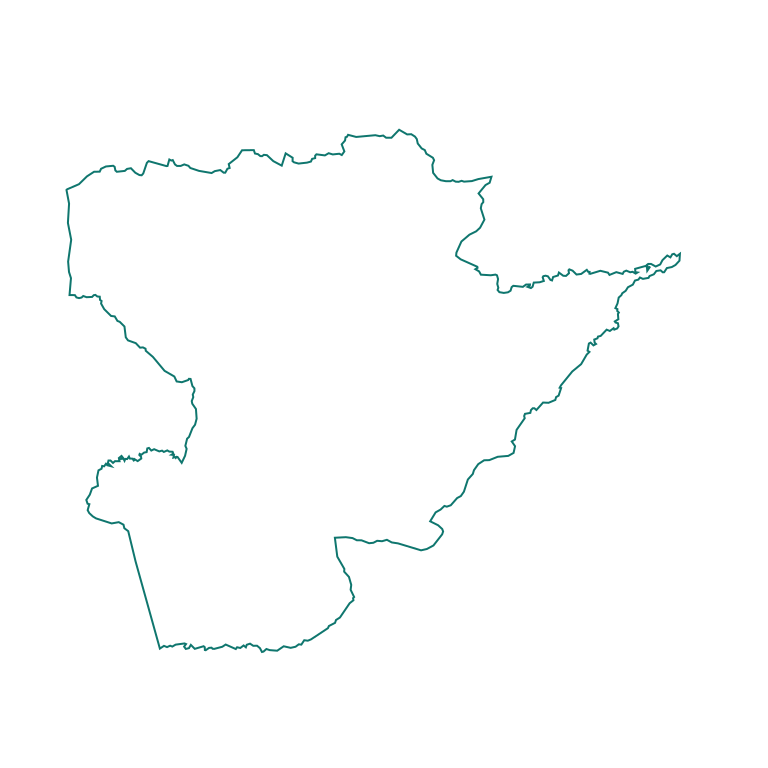 outline of Kabadougou, Denguélé, Ivory Coast, rotated 263°
{"feature_id": "98640826B2974603948771", "entity_name": "Kabadougou", "entity_type": "district", "adm_level": 2, "iso_a3": "CIV", "parent_name": "Ivory Coast", "parent_adm1": "Denguélé", "projection": "natural_earth1", "projection_center": [-7.327, 9.255], "detail": "fine", "context": "isolated", "style": "outline", "palette": "teal", "viewbox_px": 768, "rotation_deg": 263, "n_neighbors": 0, "source": "geoboundaries", "source_scale": "gbopen_adm2", "svg_char_len": 6133}
<svg xmlns="http://www.w3.org/2000/svg" viewBox="0 0 768 768"><g transform="rotate(263 384 384)"><path d="M477.2,693.6L475.2,690.2L477.9,687.7L477.6,685.9L474.8,683.7L477.0,680.8L473.0,675.5L469.0,672.7L467.5,668.0L470.6,663.7L471.0,660.9L470.2,659.5L468.0,660.2L467.4,661.5L468.2,662.5L464.3,659.1L467.9,659.2L469.3,658.2L467.7,647.3L464.4,647.1L463.8,649.2L462.9,647.2L465.1,644.4L464.9,642.0L467.0,638.3L466.2,635.7L464.2,634.3L466.7,628.2L464.8,621.1L467.2,619.9L470.0,612.5L468.2,602.1L468.5,601.3L470.2,601.7L470.4,600.4L472.6,599.2L469.2,593.1L469.2,588.4L473.5,585.0L475.2,581.9L474.4,581.0L471.4,581.1L469.1,577.8L469.6,575.1L473.3,571.2L470.5,569.9L469.6,564.9L466.3,563.4L467.0,561.9L470.9,559.8L471.8,557.6L471.6,555.3L470.6,554.5L466.8,555.2L466.0,550.9L466.4,545.0L462.4,543.3L461.3,541.5L462.9,538.4L463.8,540.7L465.0,541.0L465.4,537.1L463.5,533.7L465.7,524.3L464.6,522.5L461.2,521.0L459.9,518.2L459.8,514.0L461.1,509.7L463.5,508.2L465.6,509.2L469.5,508.6L474.3,510.0L478.1,509.4L479.0,508.0L478.9,503.3L480.7,493.5L484.2,492.1L486.8,488.7L487.9,491.0L489.0,490.9L498.4,475.3L502.5,471.2L505.6,471.9L516.0,478.2L521.8,487.0L524.3,494.1L527.4,498.4L534.9,503.7L546.6,501.5L550.6,502.8L552.4,504.7L555.3,505.0L561.6,501.1L569.1,509.0L570.9,513.4L576.6,515.9L575.9,502.6L574.7,495.9L575.1,488.1L576.2,485.8L575.6,482.7L576.1,479.8L578.0,477.0L577.2,474.8L577.7,470.3L579.3,465.2L581.5,462.2L587.6,458.5L595.6,458.7L600.0,461.0L602.6,460.1L607.4,454.1L611.2,453.0L613.2,450.1L618.6,446.8L623.1,446.4L625.8,444.9L628.6,441.5L628.9,437.4L634.5,430.0L627.5,421.4L628.2,416.1L630.7,413.5L630.5,410.0L632.0,405.7L632.6,386.5L635.7,378.7L633.9,377.4L633.6,375.9L630.4,375.0L627.0,371.2L619.7,373.0L616.4,370.0L618.0,367.7L618.1,361.1L619.8,357.2L618.1,353.2L620.2,344.9L619.0,343.5L616.6,343.2L616.2,340.1L613.7,338.6L613.1,334.6L613.2,326.1L615.0,321.7L616.3,320.4L619.7,320.9L624.9,314.5L613.2,309.1L618.7,301.3L625.4,295.7L626.1,292.7L625.0,290.7L625.3,289.0L627.5,286.9L628.5,284.0L632.0,283.3L633.3,271.6L626.9,266.1L621.2,256.7L617.2,257.1L616.7,254.8L613.1,252.2L613.3,250.6L616.3,247.6L615.9,242.0L614.4,238.6L618.1,226.3L622.0,218.1L624.4,216.5L626.3,212.5L625.2,208.7L625.7,205.1L627.4,203.3L632.0,201.6L631.7,200.1L633.0,198.3L626.8,195.7L626.8,194.6L633.9,177.5L632.4,175.6L622.3,170.7L620.7,168.9L621.2,166.7L624.0,162.9L629.0,159.1L628.8,155.2L627.1,152.7L627.2,144.7L628.7,143.4L632.4,143.1L633.6,141.8L633.8,134.5L632.1,129.4L629.4,127.7L630.0,122.1L626.3,114.5L619.5,105.6L615.9,93.3L615.3,92.5L601.4,93.4L582.4,89.9L565.3,91.1L544.0,85.4L533.6,85.0L527.2,86.2L510.6,82.7L509.9,88.0L507.4,89.3L506.4,91.8L506.7,94.4L508.0,96.2L506.4,99.4L506.0,104.9L507.5,106.7L507.6,108.4L505.8,110.1L505.3,112.5L502.1,112.4L500.8,113.8L498.3,113.0L492.4,115.4L484.8,121.4L483.9,125.0L479.1,127.1L477.9,129.3L472.7,133.4L461.8,133.4L458.5,135.2L454.8,142.6L449.8,146.3L449.7,149.2L448.1,151.6L446.0,151.6L439.1,157.9L423.8,167.8L417.0,176.8L411.8,178.5L410.4,183.6L411.8,190.1L412.9,191.0L412.6,192.6L405.3,193.6L402.8,195.3L400.1,195.0L396.8,192.9L394.2,193.1L390.5,191.1L387.8,191.3L382.1,194.3L372.4,193.8L366.6,191.5L363.5,188.5L355.2,184.0L353.7,181.9L346.8,179.3L343.7,180.2L337.0,177.8L330.4,173.6L336.7,170.2L337.0,169.3L336.0,168.3L336.9,167.8L336.6,166.0L339.1,166.9L339.7,164.5L340.6,166.4L342.5,165.9L343.1,162.6L344.5,160.8L343.4,157.2L344.9,155.6L344.5,152.7L347.3,147.9L346.3,144.9L349.2,142.9L348.9,141.2L345.3,140.1L345.2,137.6L343.3,134.5L344.4,133.0L343.4,132.5L341.4,134.0L339.6,134.0L337.5,130.1L340.0,127.0L339.1,126.2L337.7,126.6L340.5,125.4L341.0,122.6L343.1,122.0L340.8,119.9L341.2,118.1L339.4,117.1L341.6,116.3L341.7,113.9L342.8,115.8L344.6,114.7L342.8,111.8L339.6,112.1L340.2,107.6L338.7,105.4L341.4,103.2L341.6,101.2L339.2,100.3L335.6,103.2L337.1,99.4L338.7,98.3L336.4,96.2L337.0,94.3L334.3,93.3L333.1,90.1L326.1,87.7L317.8,87.7L315.9,81.5L310.0,78.5L305.2,74.4L301.3,75.2L300.6,76.9L294.9,74.5L291.8,75.7L288.1,78.8L285.7,81.8L278.8,96.7L279.2,103.9L276.1,108.3L272.5,108.7L269.1,112.2L238.2,115.8L148.7,129.3L150.9,133.7L149.3,136.6L150.3,139.8L149.2,141.9L150.7,145.4L150.8,154.4L150.0,155.8L147.7,153.6L145.2,155.0L145.6,158.2L148.6,160.5L144.2,163.9L145.7,173.0L144.6,174.0L141.8,173.8L141.5,174.6L143.4,178.2L143.3,180.7L142.1,181.6L141.8,183.3L142.9,191.5L144.7,195.1L139.0,204.6L140.6,206.1L139.5,209.2L141.6,212.8L139.5,214.8L141.9,216.0L142.6,219.4L140.1,222.3L139.7,226.1L136.9,228.7L132.9,230.2L133.1,231.8L135.3,235.0L133.8,238.1L132.3,245.5L135.9,252.5L133.5,259.2L134.0,264.2L136.0,267.7L135.4,270.2L139.4,273.6L138.5,277.1L139.4,280.4L148.5,298.6L150.5,299.8L152.9,306.3L155.6,307.6L157.6,311.8L170.6,323.2L173.1,327.3L175.2,327.2L176.2,328.4L183.8,325.8L188.6,327.0L196.8,325.7L202.6,321.6L205.3,322.1L218.3,316.6L237.4,316.5L236.6,327.5L234.9,334.0L232.2,338.0L231.6,342.6L227.8,349.8L227.7,354.1L229.2,358.1L228.2,362.9L229.0,367.9L225.8,372.4L224.1,378.5L214.4,400.5L215.0,406.4L217.7,413.4L227.7,423.4L230.4,424.7L233.0,424.1L237.2,420.5L242.1,413.1L250.3,419.6L252.5,424.9L255.6,429.1L254.6,431.4L255.5,435.5L261.9,442.7L263.4,446.6L267.4,450.2L279.0,455.6L283.9,461.2L287.5,462.8L293.0,467.8L296.1,474.1L295.6,479.2L297.9,488.0L297.5,498.6L299.8,504.2L306.3,506.5L311.4,503.8L312.9,507.2L322.3,510.0L332.9,519.5L335.1,519.2L337.2,520.3L337.5,525.7L340.2,526.7L341.8,528.7L341.6,530.3L339.6,532.1L346.2,539.6L345.3,545.0L347.3,552.1L350.0,553.2L351.2,555.9L358.4,559.3L358.9,557.9L361.1,559.5L373.5,572.4L379.7,582.1L388.5,588.8L390.8,591.8L392.3,590.1L399.2,592.3L399.9,594.1L396.8,596.6L397.9,599.3L399.4,598.1L402.5,598.1L403.3,601.4L405.0,602.2L405.3,604.9L410.8,611.6L409.1,614.6L411.4,618.7L409.9,619.2L410.7,622.2L412.6,623.8L415.8,623.6L416.8,621.3L418.0,620.7L419.7,624.5L425.0,624.7L426.3,625.8L428.1,624.4L429.9,624.8L431.1,622.9L435.5,625.6L441.2,627.5L443.2,630.4L445.0,631.5L447.0,635.2L450.3,637.9L452.3,643.1L456.1,645.7L456.6,649.2L458.5,651.0L456.8,653.8L457.1,659.5L458.8,660.7L460.0,665.2L463.0,668.1L463.1,672.4L460.9,674.3L460.8,675.7L464.6,678.9L465.0,683.9L466.6,687.8L470.4,692.3L477.2,693.6Z" fill="none" stroke="#0f766e" stroke-width="2"/></g></svg>